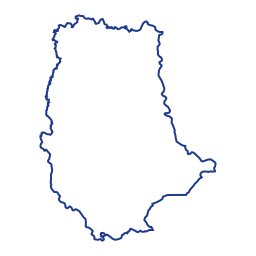 Arévalo, Cerro Largo, Uruguay (Albers equal-area conic projection)
{"feature_id": "84410073B27325052760321", "entity_name": "Arévalo", "entity_type": "district", "adm_level": 2, "iso_a3": "URY", "parent_name": "Uruguay", "parent_adm1": "Cerro Largo", "projection": "albers", "projection_center": [-55.198, -32.737], "detail": "fine", "context": "isolated", "style": "outline", "palette": "blue", "viewbox_px": 256, "rotation_deg": 0, "n_neighbors": 0, "source": "geoboundaries", "source_scale": "gbopen_adm2", "svg_char_len": 5621}
<svg xmlns="http://www.w3.org/2000/svg" viewBox="0 0 256 256"><path d="M148.1,24.3L147.7,23.8L147.9,22.8L147.7,22.5L147.1,22.3L146.4,21.4L145.1,21.7L143.6,22.9L142.9,23.8L140.2,29.6L137.7,30.9L135.9,30.9L132.3,30.0L131.8,29.2L131.4,29.2L131.1,29.4L130.8,30.8L129.7,31.1L129.2,31.7L127.1,29.0L125.0,28.2L124.9,27.8L125.2,27.3L126.5,27.0L126.5,26.5L126.3,26.3L125.0,26.4L124.2,27.4L121.4,27.4L120.2,28.5L118.2,29.2L117.3,28.9L116.7,28.0L115.1,27.1L114.4,27.4L114.3,28.5L114.0,28.7L112.3,28.4L111.9,27.4L111.5,27.1L110.3,28.0L109.9,28.0L108.7,26.9L108.1,27.1L107.8,28.0L107.3,28.2L106.6,27.3L107.3,26.2L107.1,25.6L106.5,24.6L105.1,24.4L104.3,23.7L104.1,22.1L103.7,21.7L103.0,19.4L102.7,19.1L101.9,19.0L100.2,20.2L98.8,22.9L96.4,23.8L95.9,23.8L95.3,23.2L95.1,21.9L94.1,20.6L93.2,18.7L92.6,18.7L91.9,19.3L91.4,19.4L88.2,18.3L86.9,18.8L85.9,18.7L84.5,18.0L83.3,16.1L80.8,16.0L79.3,15.4L75.8,16.5L75.5,17.9L75.8,18.4L76.4,18.7L77.7,18.4L78.1,18.9L77.3,20.5L77.3,22.1L74.2,24.4L72.7,27.1L71.8,27.1L72.0,25.4L70.5,23.5L67.5,23.1L67.0,23.4L65.2,26.6L64.6,27.0L64.1,26.8L63.8,26.2L60.4,25.0L59.4,25.1L58.8,25.8L59.1,26.7L58.9,27.8L58.0,29.2L57.2,29.5L57.2,29.8L57.9,30.3L57.8,30.9L56.8,31.1L55.1,30.1L54.6,30.2L54.0,30.8L54.1,31.3L54.8,31.8L54.1,32.3L55.4,33.0L55.8,33.6L54.4,35.3L54.4,36.5L52.6,39.5L52.9,40.2L53.8,39.9L54.3,40.0L55.2,41.0L57.2,41.7L57.0,42.4L56.2,42.6L54.9,43.7L55.0,44.6L55.8,45.1L55.8,46.7L54.7,48.6L55.6,49.3L55.8,51.3L56.3,51.9L56.6,54.8L57.2,56.1L56.8,56.3L56.8,56.8L57.1,57.3L58.3,57.6L59.6,58.3L60.0,58.8L60.5,58.8L59.9,60.0L60.3,61.5L59.8,62.0L59.6,62.7L58.7,63.3L58.2,64.1L57.3,64.4L57.5,65.1L56.9,65.2L56.9,67.5L56.6,68.6L55.6,68.3L55.2,68.9L54.7,68.8L53.7,70.0L53.2,71.0L53.6,71.9L53.1,73.0L52.6,75.7L52.8,76.2L52.7,76.8L52.3,77.3L51.5,77.6L51.3,77.3L51.1,78.0L50.5,78.0L50.9,79.1L50.9,80.0L50.3,80.2L50.6,80.6L50.0,80.8L49.2,82.1L49.4,82.8L50.3,83.0L50.3,83.7L49.7,84.4L48.8,84.4L48.6,85.5L48.0,86.3L48.0,88.3L47.3,88.9L47.6,90.8L47.1,91.4L46.8,92.5L47.0,93.3L46.6,94.5L46.9,95.0L46.2,95.8L46.7,95.9L46.9,96.3L46.1,96.3L45.9,96.5L46.2,97.1L46.0,97.6L46.6,99.2L47.0,98.9L47.4,99.6L48.8,99.7L48.5,101.0L49.2,102.3L48.9,102.6L48.3,102.1L47.8,102.6L48.0,103.3L47.8,104.4L48.5,105.4L47.4,106.4L47.6,107.0L47.0,108.1L47.1,109.7L46.2,110.7L46.4,112.2L46.1,114.5L46.7,115.0L47.1,116.0L47.7,116.0L50.7,119.2L51.6,120.7L51.5,121.3L51.9,121.6L52.2,123.2L51.5,123.0L51.4,124.8L51.2,125.4L50.6,125.8L51.0,126.5L50.5,128.1L51.4,129.8L51.5,130.3L52.0,130.7L52.0,131.6L52.4,132.0L51.8,132.8L51.6,133.7L50.3,134.8L49.0,134.3L47.3,134.2L44.1,132.6L42.6,132.5L42.3,133.2L41.7,133.1L41.4,136.1L41.0,136.5L40.5,136.1L40.4,136.9L40.5,137.9L42.2,142.2L40.9,143.9L40.5,145.7L40.6,146.6L40.8,147.5L43.2,148.9L44.4,150.7L45.0,150.7L45.6,149.8L46.3,149.8L50.0,154.1L50.1,154.8L49.3,158.7L48.0,160.8L48.1,161.6L48.6,162.3L51.2,164.1L51.5,164.8L51.6,167.0L52.1,168.7L51.9,172.1L51.0,174.1L50.9,175.0L51.1,178.9L50.8,180.3L50.9,181.9L50.7,182.6L50.8,183.4L51.4,184.5L50.9,185.7L50.9,187.1L51.7,188.9L54.1,191.9L56.8,192.1L57.8,192.9L58.8,194.9L59.8,195.7L60.0,196.4L58.9,198.8L59.2,200.3L60.8,202.0L62.1,202.5L63.3,202.6L64.5,203.4L65.0,204.0L65.6,207.2L66.5,208.1L67.6,208.2L69.5,206.5L70.3,206.6L71.6,207.9L72.6,210.2L73.7,210.4L75.2,209.4L75.9,209.3L77.1,209.8L79.6,211.5L83.6,217.3L85.5,219.0L85.9,221.8L85.7,226.0L86.1,226.8L86.6,227.2L88.5,227.5L89.6,228.2L91.1,229.2L92.5,230.7L92.7,231.3L92.1,232.3L92.2,232.8L91.6,233.8L91.6,234.4L94.0,236.1L94.5,237.5L94.3,238.9L94.8,239.3L98.0,239.8L100.4,239.0L101.0,239.3L101.7,240.5L102.4,240.6L103.5,240.0L103.9,239.0L103.3,238.0L103.3,236.5L102.8,236.3L101.5,236.7L101.1,236.4L101.6,235.6L100.8,234.5L100.8,233.9L100.9,233.3L101.5,233.0L103.0,232.9L104.4,233.6L104.7,235.0L104.4,235.5L104.8,235.6L106.9,234.6L108.2,235.3L108.6,235.8L110.0,236.6L113.0,239.0L114.6,239.6L115.6,239.7L118.6,239.1L120.6,238.3L121.4,237.6L122.1,235.0L123.7,234.5L124.2,233.6L125.1,233.1L126.7,233.0L127.4,233.3L127.8,232.6L127.7,231.9L129.3,231.1L129.6,230.8L129.8,229.5L130.7,228.7L135.3,230.8L136.6,231.8L138.4,232.0L140.4,230.7L142.1,231.8L144.1,231.7L144.9,231.2L146.4,231.5L149.4,230.0L152.9,230.0L151.4,226.9L150.0,227.1L148.6,226.0L147.3,224.6L146.4,222.5L144.5,220.3L144.4,219.6L145.1,217.6L147.0,215.7L148.6,210.0L149.9,209.0L150.9,206.8L152.8,205.6L152.4,203.8L155.9,202.6L160.5,200.3L162.4,198.8L163.0,196.8L167.3,195.0L186.2,194.9L186.9,193.4L188.9,192.1L190.0,189.8L193.7,185.5L195.1,183.4L196.9,181.9L199.4,178.7L201.7,177.4L200.6,175.8L200.4,174.3L200.8,173.2L201.9,172.2L203.4,171.5L206.5,171.5L208.1,172.0L210.8,171.4L213.0,171.7L215.0,171.3L214.1,168.1L215.0,166.5L215.6,164.1L215.2,162.6L213.4,161.1L210.8,159.4L208.3,159.5L202.9,161.4L201.6,161.2L199.5,158.1L193.9,152.8L191.9,152.2L190.5,153.5L188.6,154.2L187.9,153.8L187.7,151.2L185.8,149.4L185.1,147.1L185.3,146.0L183.2,145.6L181.4,144.8L176.6,141.6L175.8,138.3L175.2,134.2L174.5,132.4L174.7,130.1L172.5,124.2L171.6,123.0L171.9,118.8L171.0,117.5L169.6,116.5L166.3,115.5L164.9,114.5L164.6,113.8L165.2,113.2L168.0,113.1L169.1,112.5L169.9,111.6L170.0,110.5L167.8,106.6L166.1,105.6L164.2,103.6L164.3,101.8L166.2,98.9L166.3,97.9L165.2,96.6L163.5,96.0L162.4,95.1L161.8,94.1L162.5,92.6L163.5,91.9L164.1,90.2L164.3,88.4L161.9,81.2L158.9,76.3L158.5,74.6L158.9,71.1L159.6,68.9L161.5,66.1L161.6,65.3L159.6,63.6L159.5,62.1L161.6,61.0L162.0,59.3L160.9,57.3L159.0,56.1L157.9,54.3L158.0,51.9L157.5,48.3L157.6,46.7L159.5,44.6L159.6,43.2L158.4,40.4L159.2,35.2L159.7,34.7L161.5,34.5L162.3,33.8L162.6,32.5L162.5,32.0L159.9,32.0L158.0,31.5L155.6,29.8L155.0,26.9L152.2,25.5L150.4,25.3L148.1,24.3Z" fill="none" stroke="#1e3a8a" stroke-width="2"/></svg>